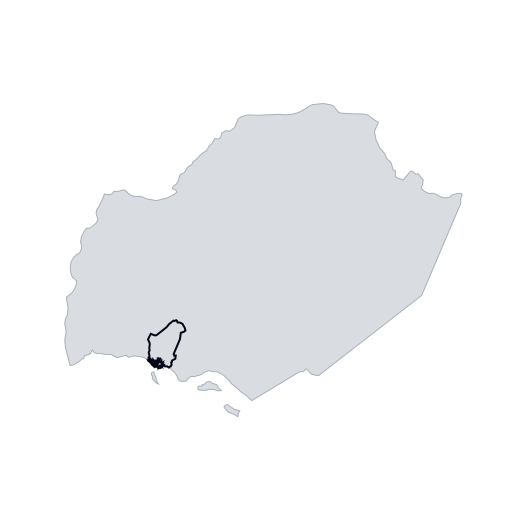 Rufiji, Pwani, United Republic of Tanzania (highlighted), rotated 113°
{"feature_id": "72390352B25336426084217", "entity_name": "Rufiji", "entity_type": "district", "adm_level": 2, "iso_a3": "TZA", "parent_name": "United Republic of Tanzania", "parent_adm1": "Pwani", "projection": "mercator", "projection_center": [39.283, -7.991], "detail": "fine", "context": "in_parent", "style": "outline", "palette": "ink", "viewbox_px": 512, "rotation_deg": 113, "n_neighbors": 0, "source": "geoboundaries", "source_scale": "gbopen_adm2", "svg_char_len": 9492}
<svg xmlns="http://www.w3.org/2000/svg" viewBox="0 0 512 512"><g transform="rotate(113 256 256)"><path d="M194.6,351.0L189.5,348.3L184.9,346.7L181.1,344.9L179.4,343.1L175.9,342.4L172.8,342.1L170.0,340.5L164.2,339.9L163.5,338.8L163.4,336.4L162.4,335.7L160.3,335.1L158.0,335.1L156.6,335.5L155.8,335.3L153.9,333.9L152.1,332.1L151.5,329.1L148.8,327.3L145.7,325.8L137.2,326.0L135.9,325.5L133.8,324.0L131.5,321.6L129.5,318.8L127.9,315.1L126.1,310.0L116.4,289.8L115.3,285.9L113.4,281.7L110.3,276.5L107.0,272.7L102.5,269.1L97.4,265.7L94.7,263.3L89.4,253.8L88.3,249.4L87.5,244.8L87.8,242.9L91.1,237.0L91.5,235.3L91.1,233.1L89.4,228.3L87.4,222.6L83.2,212.2L82.6,209.6L82.7,207.6L85.1,197.0L85.1,195.5L94.9,195.7L102.0,191.1L108.3,184.2L109.5,181.3L112.0,176.8L114.5,174.6L115.5,173.1L116.9,168.7L120.2,165.7L123.4,163.4L122.7,161.7L123.2,161.1L124.9,160.0L128.3,158.9L128.9,156.6L128.9,153.9L128.4,152.5L128.5,150.8L128.0,149.8L125.8,149.6L122.5,148.3L119.7,147.7L117.9,147.0L117.2,146.4L116.9,144.8L118.4,140.8L116.9,139.1L120.3,132.4L120.9,131.6L122.2,131.5L124.1,130.8L125.9,130.5L127.4,130.7L128.5,130.5L129.5,129.7L130.3,127.4L131.0,123.6L130.6,120.5L129.2,118.1L128.8,114.5L129.4,109.6L129.0,105.6L127.4,102.3L125.8,100.4L123.4,99.5L119.5,94.5L118.3,92.1L118.5,90.6L119.9,90.0L122.3,90.2L124.6,89.6L126.8,88.3L128.9,87.9L130.0,88.1L227.5,88.1L341.6,151.7L342.1,152.5L343.0,158.0L342.8,159.8L341.0,163.0L340.5,164.7L340.5,165.8L340.9,166.3L342.4,166.4L343.7,167.2L344.2,167.8L345.1,170.1L346.4,171.3L389.7,202.6L390.7,203.1L390.1,205.7L387.6,212.1L387.5,214.8L386.6,217.9L385.6,220.0L383.1,228.9L381.0,232.3L378.2,240.2L377.7,246.2L379.3,250.4L379.9,254.4L383.2,258.2L385.9,259.6L387.7,261.4L390.9,265.5L392.8,269.5L398.5,271.5L400.8,276.1L400.0,279.2L397.3,281.8L394.8,286.0L392.8,291.6L392.7,300.0L394.1,298.8L397.1,300.8L397.5,307.1L394.4,314.3L393.4,317.7L393.3,320.7L395.6,329.4L399.0,333.8L398.8,335.2L397.9,336.4L403.8,344.2L403.3,351.1L405.5,356.4L406.5,361.0L407.9,364.6L408.2,367.0L406.4,369.8L410.7,370.4L413.2,372.7L414.4,374.8L417.5,374.7L419.2,376.1L421.7,377.3L427.0,380.9L428.5,382.7L429.4,384.4L414.6,395.7L409.2,398.6L405.4,400.0L401.4,400.7L397.5,402.5L393.8,405.3L389.1,406.7L383.4,406.7L377.4,408.7L368.0,414.5L362.5,411.3L358.2,410.2L353.2,410.3L350.2,410.7L349.1,411.4L348.2,413.4L347.4,416.7L344.1,419.8L338.4,422.8L333.2,423.9L328.4,423.2L325.1,421.9L323.4,420.2L320.9,419.4L317.6,419.5L314.4,420.8L311.4,423.1L306.6,424.1L300.0,423.8L296.4,422.7L295.9,420.7L293.0,418.4L287.7,415.8L283.8,415.8L281.2,418.3L279.0,419.9L276.9,420.5L275.0,420.6L272.3,419.9L265.0,419.6L258.1,419.7L257.4,416.1L255.9,413.9L254.7,412.6L252.3,412.2L251.6,411.2L250.8,409.0L249.6,407.0L248.1,405.4L247.1,403.9L246.8,402.6L247.0,401.1L248.5,397.4L249.0,394.8L248.8,392.2L248.0,389.5L246.4,386.3L246.5,385.4L246.0,383.3L245.9,381.7L246.2,379.9L245.9,377.4L244.5,372.1L244.5,370.7L243.0,368.1L238.4,362.0L238.2,361.3L230.9,355.1L228.1,353.8L227.0,355.0L226.6,356.0L226.9,358.0L226.7,358.9L226.4,359.4L224.7,359.3L223.7,359.1L220.9,357.5L218.8,357.0L213.5,357.3L211.6,357.7L210.2,357.4L207.4,354.6L204.1,354.0L201.1,353.8L196.3,350.6L194.6,351.0ZM399.3,249.5L401.6,256.1L401.3,257.4L399.7,258.1L398.8,258.2L397.7,257.1L397.0,254.9L395.7,255.4L393.5,252.7L391.4,252.6L389.5,249.4L390.2,246.6L389.8,241.8L392.1,239.4L393.4,235.3L394.9,238.1L395.3,242.5L397.3,247.6L399.3,249.5ZM410.7,209.8L410.9,211.4L410.4,212.8L410.5,217.6L410.4,220.7L408.6,225.0L407.1,226.6L405.8,226.1L404.8,225.4L403.9,224.2L405.6,216.3L404.8,210.4L408.1,211.0L410.7,209.8ZM406.0,306.0L404.3,306.4L403.6,306.0L402.6,304.7L404.4,303.6L406.1,301.4L410.2,298.2L412.0,295.7L411.8,298.2L409.5,303.6L407.5,303.9L406.0,306.0Z" fill="#d9dde1" stroke="#a8b0b8" stroke-width="1"/><path d="M391.3,315.2L391.7,314.6L392.3,314.6L391.7,313.5L392.5,312.3L392.6,311.9L392.3,311.8L392.2,311.7L393.0,312.1L392.7,312.6L392.8,312.7L393.3,312.0L392.5,311.7L392.6,311.4L392.8,311.7L392.8,311.3L392.2,310.7L392.6,310.6L392.1,310.0L391.8,310.1L392.0,309.8L393.2,310.5L393.8,309.9L391.7,308.2L391.3,306.7L391.5,306.7L391.8,306.2L391.6,306.4L390.7,304.7L390.6,305.0L390.4,304.6L390.1,305.0L389.7,304.9L389.8,305.1L389.9,305.3L389.7,305.3L389.8,305.6L389.7,305.7L389.6,305.8L389.4,305.7L389.6,305.4L389.6,305.8L389.6,305.3L389.8,305.3L389.7,305.1L389.4,305.2L389.0,305.8L388.9,305.9L388.7,305.8L388.8,305.8L388.8,306.1L388.7,306.2L388.6,305.9L388.4,305.8L388.1,306.0L387.4,306.1L388.4,305.7L388.6,305.9L388.7,306.1L388.8,306.1L388.8,305.9L388.6,305.8L389.0,305.8L389.2,305.1L389.4,305.1L389.7,305.1L389.8,305.2L389.6,305.0L389.7,304.7L388.7,304.5L387.7,303.9L387.3,303.4L388.9,304.3L389.8,304.3L390.0,304.7L390.4,304.6L390.7,304.7L390.9,304.4L390.9,305.1L391.2,304.2L391.8,304.3L391.2,304.0L391.0,304.3L390.9,303.1L390.4,303.1L390.1,303.6L390.6,302.8L390.3,302.9L390.1,302.5L390.4,302.1L390.0,302.0L390.5,301.8L390.5,301.2L390.8,301.6L391.1,301.4L390.9,301.0L391.3,300.9L391.1,300.7L390.9,300.8L390.8,300.6L391.4,300.7L390.9,300.4L391.3,300.4L391.1,300.0L391.5,300.3L391.6,299.9L392.1,300.4L392.7,300.0L391.6,299.5L391.8,298.9L392.3,299.8L392.6,299.7L392.9,298.9L392.7,299.1L392.6,298.9L393.3,298.7L392.7,297.9L393.2,296.6L392.3,294.9L392.7,292.6L391.4,292.0L391.0,291.4L389.1,291.2L387.2,292.4L386.4,292.0L385.8,292.4L384.6,292.2L382.2,290.1L379.0,291.0L379.7,292.3L378.9,292.7L378.5,293.5L362.2,293.5L356.1,295.2L354.0,292.8L352.2,291.8L349.9,293.6L347.2,297.2L347.0,299.9L347.8,302.3L346.6,303.3L346.3,304.4L347.7,305.7L347.8,306.8L352.7,309.4L356.7,310.6L367.7,316.6L368.6,317.9L368.8,322.5L375.0,322.8L377.5,320.1L378.7,319.3L382.3,318.3L384.4,317.1L386.7,317.1L389.6,315.0L390.5,314.8L391.3,315.2ZM391.3,313.5L391.6,313.2L391.6,313.3L391.3,313.5ZM395.1,309.4L395.4,308.4L394.9,308.8L394.5,309.4L394.3,309.4L394.1,309.2L394.4,308.8L394.0,309.0L393.7,308.8L393.6,309.4L395.2,310.8L395.4,310.0L395.3,311.0L395.5,311.1L396.1,309.5L395.8,309.4L395.8,309.8L395.7,309.2L395.1,309.4ZM392.5,305.3L392.2,304.1L392.3,303.9L391.2,305.5L392.5,305.3ZM395.1,307.5L394.7,307.8L394.6,308.5L394.8,308.5L394.8,308.8L395.4,308.4L395.5,308.3L395.6,308.2L395.8,308.1L395.7,307.9L395.4,307.9L395.1,307.5ZM395.6,306.4L395.4,306.9L395.8,306.7L395.9,306.1L396.0,306.6L396.0,306.0L396.1,306.4L396.5,305.0L396.1,306.2L396.2,305.1L395.9,306.2L395.1,306.4L395.6,306.4ZM395.3,311.6L395.1,312.1L394.6,312.4L394.9,312.5L394.6,313.0L394.8,313.3L395.3,311.6ZM392.5,306.2L391.9,306.3L391.9,307.0L391.6,306.6L391.4,306.9L392.3,307.2L392.1,306.5L392.5,306.2ZM395.7,302.1L395.4,301.8L395.4,302.3L395.3,302.7L395.5,302.2L396.2,302.0L395.7,302.1ZM396.0,307.6L396.2,308.3L395.5,308.3L396.5,308.6L396.4,307.8L396.0,307.6ZM396.9,306.6L396.7,306.3L396.9,306.9L396.4,307.3L397.0,306.8L397.1,307.1L397.1,305.6L396.9,306.6ZM395.0,305.6L394.5,305.6L394.0,306.6L394.3,306.2L395.0,305.6ZM392.4,313.1L391.9,313.3L392.2,313.8L392.4,313.1ZM394.6,311.3L393.9,311.6L393.9,312.4L394.0,311.9L394.6,311.3ZM396.3,300.1L395.1,299.5L396.2,300.4L395.9,300.0L396.3,300.1ZM396.8,301.6L396.3,301.2L396.1,301.6L395.8,301.6L395.9,301.8L396.8,301.6ZM396.2,302.8L396.1,303.2L396.7,303.3L396.8,303.1L396.2,302.8ZM394.8,299.9L394.6,300.2L394.4,299.9L394.2,300.4L394.8,300.3L394.8,299.9ZM394.8,308.9L394.6,308.8L394.3,309.3L394.5,309.3L394.8,308.9ZM395.8,307.2L395.3,307.2L395.3,307.5L395.7,307.3L395.5,307.6L395.8,307.2ZM394.1,305.7L393.6,305.9L393.8,306.3L394.0,306.3L394.1,305.7ZM396.7,305.0L396.7,304.0L396.7,305.0ZM394.7,307.4L394.2,307.4L394.3,307.9L394.7,307.4ZM393.5,312.2L393.2,312.7L393.3,312.9L393.6,312.5L393.5,312.2ZM396.2,310.0L396.5,309.4L396.0,310.0L396.2,310.0ZM390.6,302.3L390.7,302.9L391.0,303.1L391.0,302.8L390.6,302.3ZM395.4,301.0L394.8,300.8L395.4,301.1L395.4,301.0ZM397.6,301.7L397.4,301.9L397.2,301.6L397.0,301.8L397.3,302.1L397.6,301.7ZM394.5,312.4L394.1,312.7L394.2,312.8L394.5,312.7L394.5,312.4ZM395.0,311.1L394.6,311.3L394.5,311.6L394.9,311.5L395.0,311.1ZM394.0,314.5L393.9,314.0L393.8,314.5L394.0,314.5ZM395.2,307.4L395.4,307.9L395.6,307.7L395.4,307.7L395.2,307.4ZM393.9,308.9L394.1,308.6L394.2,308.4L393.9,308.9ZM396.3,303.8L396.1,303.5L396.1,303.9L396.3,303.8ZM396.7,301.3L396.5,300.8L396.3,301.1L396.7,301.3ZM396.1,300.6L395.9,300.3L395.6,300.0L396.1,300.6ZM394.4,314.0L394.2,313.6L394.1,314.5L394.4,314.0ZM397.6,306.3L397.5,307.4L397.7,306.8L397.7,306.5L397.6,306.3ZM393.0,305.8L392.8,306.0L393.0,306.5L392.9,306.1L393.0,305.8ZM394.2,311.2L393.9,311.1L393.8,311.5L394.2,311.2ZM393.5,307.8L393.1,307.6L393.3,308.0L393.5,307.8ZM394.7,299.3L394.4,299.1L394.4,299.5L394.7,299.3ZM394.7,308.8L394.6,308.7L394.4,308.7L394.7,308.8ZM396.8,308.9L396.5,309.1L396.6,309.3L396.7,309.2L396.8,308.9ZM396.8,305.7L396.4,305.5L396.4,305.8L396.8,305.7ZM392.3,304.2L392.4,303.8L392.2,304.2L392.3,304.2ZM395.8,305.5L395.5,305.7L395.6,305.8L395.8,305.5ZM394.7,302.2L394.7,302.4L394.8,302.1L394.7,302.2ZM395.2,305.9L394.8,305.8L395.2,305.9ZM394.6,301.8L394.8,301.9L394.7,301.6L394.6,301.8ZM394.6,311.8L395.1,311.6L394.5,311.6L394.6,311.8ZM395.0,307.5L395.0,307.4L394.8,307.3L395.0,307.5ZM394.1,313.3L393.9,313.3L394.0,313.6L394.1,313.3ZM395.2,300.4L395.0,300.2L394.9,300.4L395.2,300.4ZM392.3,314.1L392.3,314.4L392.3,314.5L392.3,314.1ZM391.0,302.2L390.9,302.5L391.1,302.5L391.0,302.2ZM396.9,302.5L396.6,302.5L396.5,302.8L396.9,302.5ZM394.0,308.3L393.7,308.4L393.9,308.5L394.0,308.3ZM394.1,305.4L394.0,305.7L394.1,305.4ZM394.6,308.0L394.4,308.1L394.6,308.0ZM394.1,304.2L393.9,304.2L394.2,304.5L394.1,304.2ZM392.9,306.3L392.7,305.9L392.6,306.0L392.9,306.3Z" fill="none" stroke="#020617" stroke-width="2"/></g></svg>